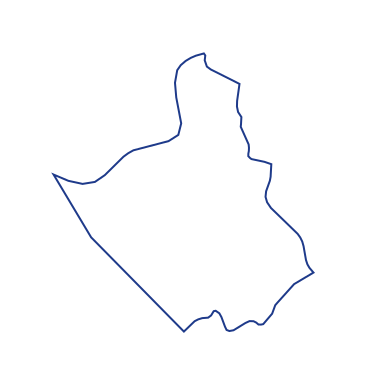 the border of An Giang, rotated 15°
{"feature_id": "VNM-498", "entity_name": "An Giang", "entity_type": "Province", "adm_level": 1, "iso_a3": "VNM", "parent_name": "Vietnam", "parent_adm1": "", "projection": "robinson", "projection_center": [105.251, 10.573], "detail": "fine", "context": "isolated", "style": "outline", "palette": "blue", "viewbox_px": 384, "rotation_deg": 15, "n_neighbors": 0, "source": "natural_earth", "source_scale": "10m", "svg_char_len": 1117}
<svg xmlns="http://www.w3.org/2000/svg" viewBox="0 0 384 384"><g transform="rotate(15 192 192)"><path d="M167.6,55.1L169.5,56.7L170.2,61.5L173.9,67.0L178.5,68.8L209.9,75.3L212.0,92.3L213.3,97.8L215.8,102.8L220.3,106.8L221.8,113.9L222.2,116.4L234.4,131.4L235.6,134.6L236.3,137.7L236.5,140.4L237.1,142.8L239.2,144.1L240.9,144.8L254.2,144.1L261.4,144.6L264.0,157.0L264.3,161.0L263.4,172.1L264.3,177.7L267.2,182.5L272.4,187.0L304.9,205.1L308.3,207.9L311.3,211.3L313.8,215.5L319.7,228.2L322.2,232.0L325.0,234.8L330.2,238.4L314.5,254.5L303.2,276.7L301.7,279.8L300.9,288.8L295.0,301.2L293.0,302.2L290.5,302.8L287.8,301.5L284.9,300.9L281.0,301.8L277.5,304.7L267.9,314.8L264.1,316.6L261.1,316.3L258.7,313.5L252.8,305.2L249.8,302.1L245.6,300.6L243.8,301.5L242.4,306.3L240.1,309.2L234.5,311.2L231.0,313.4L228.0,316.1L220.3,328.9L106.3,261.9L53.8,211.0L69.7,213.2L84.2,212.5L95.6,207.4L103.4,198.3L116.7,175.6L120.4,171.0L124.6,166.9L156.2,148.9L164.0,140.4L163.8,128.5L152.3,104.7L147.3,90.9L146.2,78.2L148.3,72.4L151.9,67.1L154.9,64.0L156.3,62.6L160.5,59.3L167.6,55.1Z" fill="none" stroke="#1e3a8a" stroke-width="2"/></g></svg>